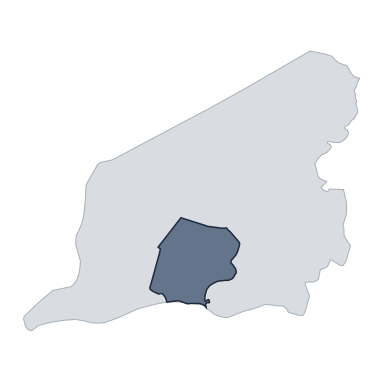 location of Ar Raqqah within Syria, rotated 183°
{"feature_id": "SYR-136", "entity_name": "Ar Raqqah", "entity_type": "Province", "adm_level": 1, "iso_a3": "SYR", "parent_name": "Syria", "parent_adm1": "", "projection": "robinson", "projection_center": [38.68, 35.997], "detail": "fine", "context": "in_parent", "style": "filled", "palette": "slate", "viewbox_px": 384, "rotation_deg": 183, "n_neighbors": 0, "source": "natural_earth", "source_scale": "10m", "svg_char_len": 3662}
<svg xmlns="http://www.w3.org/2000/svg" viewBox="0 0 384 384"><g transform="rotate(183 192 192)"><path d="M37.4,126.4L41.1,126.8L48.9,131.4L50.2,131.3L52.6,125.1L54.9,123.1L59.8,121.3L61.2,111.4L63.5,109.5L66.2,108.5L70.4,108.3L74.1,107.7L74.3,105.9L69.3,94.5L69.8,91.6L72.3,80.1L73.9,75.6L75.4,74.2L81.1,74.8L89.2,76.8L91.3,80.1L95.2,83.0L101.2,82.8L108.0,83.4L113.3,83.6L117.6,81.5L127.2,77.6L132.0,76.4L136.3,74.6L150.3,68.3L155.8,68.8L159.6,69.7L162.6,70.7L169.1,75.0L174.5,79.3L178.3,80.6L185.1,80.5L195.0,81.4L207.1,81.3L214.2,80.1L223.2,77.9L239.3,72.8L260.4,62.0L272.9,56.8L278.2,56.2L285.2,56.1L292.2,57.5L300.1,58.5L303.8,58.4L312.4,57.3L323.5,55.1L330.4,53.3L338.8,50.4L344.0,45.5L345.7,45.0L347.9,45.9L348.9,46.3L351.1,49.0L353.5,56.1L353.5,56.9L353.1,59.0L347.7,64.8L340.3,72.8L335.0,77.8L326.0,86.3L319.3,88.1L307.9,91.1L304.9,94.1L302.1,98.9L300.5,105.4L300.0,109.5L299.8,117.1L302.5,125.1L305.2,132.7L305.5,137.7L305.3,142.7L302.9,147.9L300.3,155.2L298.8,163.4L298.1,178.8L298.2,191.9L298.0,194.0L293.3,203.3L287.9,214.1L285.3,216.6L273.2,219.9L260.1,227.8L245.3,236.7L231.9,244.7L217.8,253.2L203.2,262.0L192.7,268.2L178.7,276.6L165.9,284.6L153.0,292.7L143.1,298.9L128.1,308.7L119.4,314.4L106.4,322.8L95.0,330.2L81.5,339.0L64.7,336.4L59.4,334.9L55.1,330.7L51.9,328.5L43.9,326.2L38.9,318.3L35.8,315.5L30.5,314.3L32.8,309.2L33.3,305.9L35.6,301.9L34.2,299.2L33.6,293.6L32.6,292.2L32.2,290.7L33.0,288.9L32.7,287.1L31.8,286.3L31.4,283.5L30.7,281.4L31.1,278.9L32.3,277.2L33.5,274.0L34.9,273.1L37.2,271.1L37.8,269.0L39.8,267.0L42.6,265.4L43.2,264.0L42.8,263.3L40.1,261.8L38.7,259.2L40.0,255.3L40.9,254.1L42.5,252.3L46.2,249.5L49.0,249.0L51.5,249.0L55.6,249.2L58.8,249.7L59.6,249.0L59.5,248.1L55.6,245.8L55.4,243.9L56.4,241.9L59.2,238.8L62.6,236.6L64.3,236.1L68.2,231.6L70.7,226.4L66.8,213.9L64.4,211.9L60.5,210.2L58.2,210.0L58.0,209.2L61.1,206.0L63.3,203.2L60.9,200.6L56.6,199.4L55.0,202.1L49.4,202.3L40.8,202.3L37.1,189.1L36.6,183.4L36.8,176.8L39.5,167.2L38.3,162.7L38.2,159.7L37.6,155.6L30.9,146.7L34.8,130.4L37.4,126.4Z" fill="#d9dde1" stroke="#a8b0b8" stroke-width="1"/><path d="M198.8,82.6L201.4,82.5L211.3,80.7L212.5,84.0L212.9,85.0L215.4,88.1L216.0,88.6L216.5,88.8L217.0,89.0L217.5,89.0L218.4,88.9L218.8,88.8L219.5,88.5L219.7,88.4L220.0,88.4L220.4,88.5L224.9,90.3L228.0,92.0L228.5,92.5L228.8,93.0L229.0,93.4L229.1,94.1L225.9,108.1L221.2,129.5L220.7,133.1L220.7,133.7L221.1,133.8L222.5,134.8L222.9,135.0L222.5,135.8L201.7,165.7L174.3,158.5L159.9,157.4L155.5,157.9L154.7,156.7L154.2,156.1L152.2,154.7L142.8,144.9L142.1,143.9L142.0,143.7L141.9,143.5L141.8,143.1L141.7,142.8L141.7,142.5L142.0,140.4L143.3,135.1L144.7,131.8L145.1,131.1L145.3,130.8L145.5,130.6L147.4,128.0L148.3,127.0L148.6,126.7L149.0,125.7L149.3,125.0L149.3,124.8L149.4,124.6L149.5,124.3L149.6,123.7L149.5,123.3L149.3,123.1L147.4,121.5L147.4,121.4L146.7,120.4L146.1,119.6L145.4,118.9L144.9,118.3L144.5,117.4L143.9,115.7L143.7,114.7L143.6,114.0L143.7,113.6L143.8,113.2L144.0,112.8L145.1,111.1L145.7,109.8L146.2,108.9L146.7,108.2L147.2,107.6L147.5,107.4L148.3,107.0L150.3,106.0L151.7,105.6L153.5,105.6L161.6,104.3L165.6,102.1L168.8,99.9L169.4,99.4L169.8,98.9L171.7,96.2L172.3,95.0L172.6,94.0L173.0,92.0L173.0,91.9L173.4,90.2L173.6,88.6L173.6,84.6L173.6,84.4L173.6,84.2L173.4,83.9L173.2,83.7L172.8,83.7L172.6,83.7L172.3,83.9L171.1,84.9L170.6,85.2L170.2,85.4L169.8,85.4L169.6,85.3L169.4,85.2L169.3,84.9L169.1,84.4L168.8,83.3L168.8,82.9L168.9,82.5L169.0,82.4L171.7,82.0L171.9,81.9L172.2,81.7L172.4,81.1L172.5,80.8L172.6,80.5L172.5,80.3L171.9,77.6L173.3,79.1L176.3,80.6L179.7,81.0L187.7,80.6L188.7,80.3L191.3,80.2L198.8,82.6Z" fill="#64748b" stroke="#1e293b" stroke-width="1.5"/></g></svg>